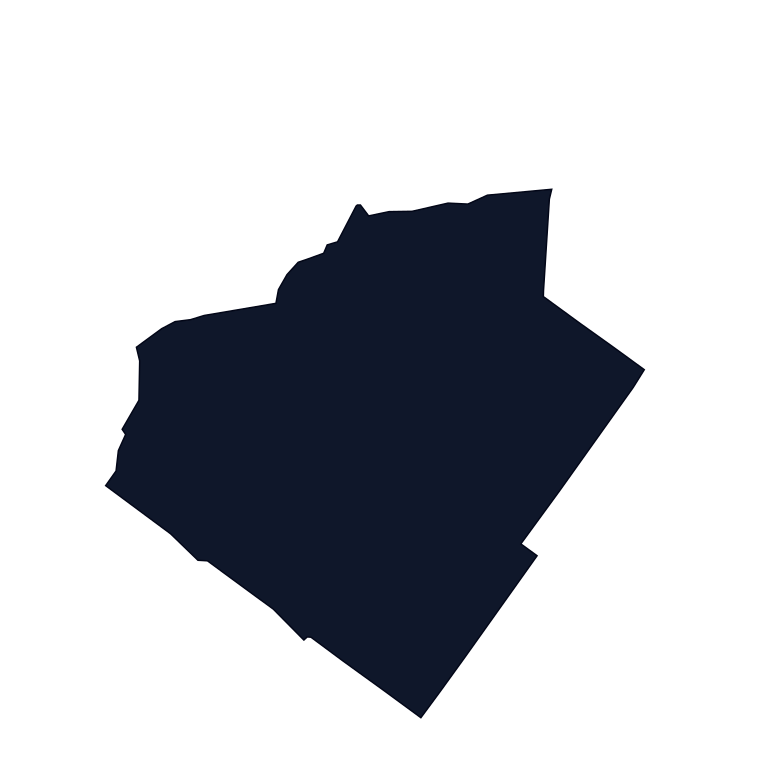 Cobb, Georgia, United States of America (Natural Earth projection), rotated 215°
{"feature_id": "52423323B33161385317476", "entity_name": "Cobb", "entity_type": "district", "adm_level": 2, "iso_a3": "USA", "parent_name": "United States of America", "parent_adm1": "Georgia", "projection": "natural_earth1", "projection_center": [-84.542, 33.913], "detail": "fine", "context": "isolated", "style": "filled", "palette": "ink", "viewbox_px": 768, "rotation_deg": 215, "n_neighbors": 0, "source": "geoboundaries", "source_scale": "gbopen_adm2", "svg_char_len": 855}
<svg xmlns="http://www.w3.org/2000/svg" viewBox="0 0 768 768"><g transform="rotate(215 384 384)"><path d="M162.4,131.8L161.6,165.1L161.0,206.6L160.1,331.1L180.2,331.5L178.9,397.6L178.0,512.6L177.9,524.0L179.0,545.0L216.0,545.7L258.0,546.1L303.6,547.0L306.9,552.0L354.6,630.3L358.3,639.7L407.6,598.0L418.5,579.5L435.3,568.9L460.0,541.6L478.7,528.1L493.0,512.9L506.0,517.1L508.5,515.3L508.9,513.8L503.6,473.8L510.3,465.4L508.4,456.5L519.1,441.3L524.1,434.5L526.2,418.0L524.6,400.8L518.8,388.1L570.6,337.0L579.4,325.7L590.9,315.3L597.8,301.9L607.9,272.1L597.4,262.8L575.4,230.1L572.5,196.7L566.7,194.5L563.4,177.1L553.6,159.1L553.7,141.1L472.9,138.9L435.3,132.9L427.2,137.9L406.9,137.4L366.3,136.5L366.0,136.5L345.6,136.1L302.8,128.3L301.8,132.8L298.6,134.7L258.8,133.6L206.0,132.8L162.4,131.8Z" fill="#0f172a" stroke="#020617" stroke-width="1.5"/></g></svg>